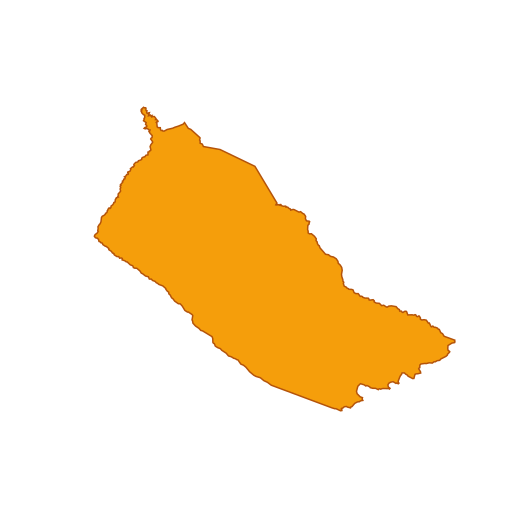 the district of Correntina, Bahia, Brazil, rotated 240°
{"feature_id": "56859067B33556006253925", "entity_name": "Correntina", "entity_type": "district", "adm_level": 2, "iso_a3": "BRA", "parent_name": "Brazil", "parent_adm1": "Bahia", "projection": "equal_earth", "projection_center": [-45.351, -13.5], "detail": "fine", "context": "isolated", "style": "filled", "palette": "amber", "viewbox_px": 512, "rotation_deg": 240, "n_neighbors": 0, "source": "geoboundaries", "source_scale": "gbopen_adm2", "svg_char_len": 6071}
<svg xmlns="http://www.w3.org/2000/svg" viewBox="0 0 512 512"><g transform="rotate(240 256 256)"><path d="M436.3,234.2L436.8,233.6L437.5,233.6L438.8,234.5L439.5,234.6L440.2,233.4L441.0,233.0L440.4,230.0L439.7,230.3L439.2,229.7L439.1,228.9L438.0,229.1L437.3,228.6L434.7,229.2L433.5,230.0L431.5,228.8L431.1,227.8L430.5,227.8L429.4,226.2L426.5,227.6L425.1,226.1L423.7,226.6L422.9,226.3L422.6,225.5L422.8,224.0L422.5,222.9L421.5,223.6L421.0,225.2L420.4,225.8L418.7,226.3L418.1,227.2L417.4,226.5L417.4,225.6L415.5,225.6L412.1,226.3L410.5,225.2L410.5,224.1L410.0,223.3L406.9,223.6L406.1,223.3L404.9,220.5L403.7,219.0L400.4,218.0L400.0,217.3L400.2,216.2L399.7,215.3L400.0,214.4L397.6,213.0L398.3,211.1L397.5,209.2L397.8,208.7L398.1,206.7L397.6,205.8L396.8,205.3L396.8,203.9L397.3,201.8L396.7,201.2L396.7,199.9L397.2,198.7L396.6,196.5L396.0,195.7L395.2,195.9L394.7,195.0L394.4,194.1L394.9,193.6L394.4,190.9L393.7,190.9L392.5,189.5L392.8,186.9L392.2,186.5L391.6,186.9L390.6,186.1L391.2,184.7L390.4,183.4L390.3,181.8L389.7,182.2L388.4,181.0L388.7,180.0L387.6,178.8L387.6,177.7L386.6,177.5L385.4,174.1L384.6,174.3L384.3,173.2L382.8,173.0L382.0,171.8L380.1,171.3L379.7,170.9L378.6,167.6L377.2,166.9L376.7,166.1L375.9,166.2L376.3,164.2L375.7,163.8L375.6,163.0L375.0,162.2L373.3,161.1L373.4,159.6L372.8,159.2L371.9,157.3L371.8,155.6L370.4,154.4L370.2,153.3L370.8,153.2L371.1,152.5L370.4,151.1L369.7,150.5L369.5,149.7L368.7,149.3L368.1,148.2L368.2,147.0L367.5,146.4L367.2,145.0L367.3,142.8L366.7,141.5L363.2,138.9L361.8,137.1L361.7,136.2L360.3,133.7L359.0,133.2L357.0,131.6L356.2,131.6L355.3,130.0L355.0,127.4L354.0,125.9L352.4,126.0L351.5,126.5L350.9,127.4L349.1,127.9L347.1,127.3L345.9,128.3L345.2,128.2L344.0,129.3L342.4,129.1L339.7,130.4L339.3,131.0L337.1,131.9L335.8,132.2L335.1,131.7L332.3,133.1L330.3,133.2L329.7,133.9L328.9,134.2L328.4,133.8L327.7,133.9L325.0,135.3L324.1,136.8L322.3,136.8L321.7,138.3L320.7,139.0L319.6,138.1L317.5,140.0L315.8,140.7L315.3,141.5L311.2,142.7L309.4,144.2L308.6,144.4L307.3,144.0L306.1,144.9L305.0,146.6L301.1,148.0L298.5,148.1L297.4,148.9L293.9,150.3L291.8,152.4L289.4,152.1L288.2,153.9L286.6,154.1L284.5,155.9L282.6,156.3L281.6,157.1L280.0,157.6L276.8,160.3L273.0,161.6L272.2,161.3L269.8,161.6L268.3,162.3L266.8,161.6L265.1,162.2L262.0,162.0L260.5,162.7L257.6,163.0L253.5,164.9L252.4,166.5L249.5,167.1L244.4,167.2L241.7,168.6L241.3,169.4L237.4,171.3L236.2,171.5L235.6,171.1L232.6,168.6L231.8,168.7L229.3,167.8L225.6,168.6L221.9,170.4L219.1,171.0L218.0,172.2L208.2,177.6L206.2,177.3L202.8,175.5L201.7,175.5L201.0,176.1L198.3,175.7L195.8,177.0L193.6,178.8L191.5,179.2L186.7,181.6L183.2,182.2L181.1,184.2L178.5,185.6L177.4,186.8L176.0,187.4L175.1,188.4L170.0,188.8L167.6,190.6L164.6,191.7L159.0,192.6L153.8,194.5L151.7,195.8L148.4,198.9L144.1,200.5L140.8,202.8L136.5,204.6L86.8,245.6L84.4,247.8L83.8,248.9L79.7,251.8L79.2,253.1L79.7,253.5L80.9,253.3L81.2,254.3L80.9,255.0L81.3,257.2L80.4,259.2L79.6,259.5L77.2,261.9L77.8,262.6L77.6,263.9L79.0,267.8L78.9,271.0L78.1,272.7L78.3,274.1L77.5,276.3L79.1,276.4L80.1,277.4L82.0,275.8L86.2,274.7L88.6,275.4L92.3,279.1L93.2,282.6L90.3,285.3L88.5,286.1L88.4,287.2L87.9,287.7L85.7,289.1L84.9,289.1L83.1,290.9L81.6,293.4L79.1,295.1L79.4,295.9L79.2,296.7L78.3,297.4L78.1,298.9L77.6,300.0L74.7,304.8L74.1,305.0L74.4,305.9L76.4,305.1L78.5,305.8L79.4,307.5L79.4,309.5L78.6,311.9L75.7,313.5L75.6,314.4L74.2,315.3L74.4,316.2L75.9,316.2L76.7,316.8L79.3,320.0L80.4,321.7L80.5,322.6L81.7,324.0L80.5,326.1L78.9,326.5L77.5,327.4L75.9,327.6L71.5,330.4L71.0,331.5L74.0,334.5L73.9,335.7L73.1,337.3L72.3,340.1L73.6,340.6L77.0,340.5L77.4,341.1L77.4,342.0L79.6,343.3L80.0,344.9L78.4,348.8L77.8,349.4L76.9,352.6L75.1,355.2L75.4,357.2L74.7,358.5L74.8,360.4L73.8,362.9L74.4,364.6L74.1,370.4L74.5,372.2L75.2,372.8L75.9,375.5L76.4,376.0L78.3,375.2L79.8,375.7L82.5,377.5L82.6,382.2L81.7,384.7L82.2,385.4L82.9,385.4L83.7,386.1L92.4,378.8L95.5,378.7L97.2,377.7L100.8,378.0L101.3,377.3L102.8,377.1L104.5,375.8L105.1,374.7L106.9,374.1L106.8,372.7L107.4,372.3L111.3,372.6L111.7,371.7L115.3,371.4L116.8,369.7L117.6,367.8L118.2,367.2L119.2,366.8L120.1,367.4L122.3,367.4L122.8,366.7L122.6,365.7L123.4,364.9L125.2,364.9L125.7,364.4L125.8,363.2L127.0,361.8L129.1,358.0L132.4,358.6L133.2,358.3L133.8,356.9L133.6,355.2L134.0,354.5L135.5,354.4L136.5,352.9L137.9,353.4L139.4,352.5L142.1,352.0L145.1,348.4L146.2,346.0L146.1,344.3L146.7,343.4L149.5,342.0L150.2,340.0L153.3,339.2L155.1,336.6L156.6,335.7L157.3,335.4L158.1,336.0L159.6,335.6L160.8,332.7L161.4,332.0L162.3,332.3L163.4,332.1L165.1,329.3L166.9,327.8L167.5,327.9L168.4,327.3L168.9,326.1L172.3,325.7L173.6,323.6L175.3,322.6L178.0,323.1L179.2,322.2L180.8,319.7L181.5,319.7L182.5,318.8L183.7,318.7L185.8,317.3L188.6,317.9L189.1,318.7L189.7,318.9L190.5,318.6L192.2,319.4L195.3,320.0L197.4,320.9L200.5,323.5L203.2,324.5L206.1,324.4L208.6,323.6L210.4,324.3L213.5,324.1L216.4,322.6L218.4,320.4L220.9,319.4L222.7,317.1L231.0,315.5L233.3,315.9L234.3,315.4L236.0,315.4L237.6,316.0L239.3,315.7L240.8,316.8L243.8,316.5L247.6,315.1L248.4,313.4L249.9,312.7L251.5,313.6L253.1,313.9L256.6,316.2L257.2,318.1L258.2,318.5L258.8,319.6L259.5,319.5L261.1,317.4L261.8,317.3L263.7,317.5L265.5,318.8L268.3,318.6L269.6,317.7L272.1,316.8L272.5,315.2L277.1,312.2L277.8,311.4L278.4,309.0L279.5,309.3L280.8,308.3L282.4,307.9L283.4,306.4L283.9,306.8L284.6,306.3L285.2,304.8L286.6,303.4L288.2,303.2L288.5,302.5L287.9,302.1L290.0,300.3L289.7,299.7L290.4,298.8L291.5,300.6L334.2,299.9L366.2,278.1L377.1,265.2L379.8,265.4L381.6,264.0L383.7,265.2L384.6,265.1L386.2,266.6L386.9,266.5L398.3,262.8L400.4,261.2L407.3,260.8L406.6,258.8L407.3,253.7L408.1,250.1L408.3,247.9L410.0,242.3L410.1,238.8L411.0,237.7L411.6,237.7L412.1,236.6L413.2,236.5L415.0,237.3L416.1,235.4L417.3,235.0L420.6,236.5L421.6,236.4L421.8,237.3L421.4,238.0L421.7,238.6L423.7,238.2L424.4,237.2L425.0,238.1L427.6,237.7L428.5,236.2L428.5,235.3L429.2,235.4L429.7,236.1L430.2,234.7L430.9,234.9L431.2,233.0L431.6,233.4L431.7,234.2L433.1,233.7L432.9,234.7L433.4,235.3L434.1,233.0L435.1,233.1L436.3,234.2Z" fill="#f59e0b" stroke="#b45309" stroke-width="1.5"/></g></svg>